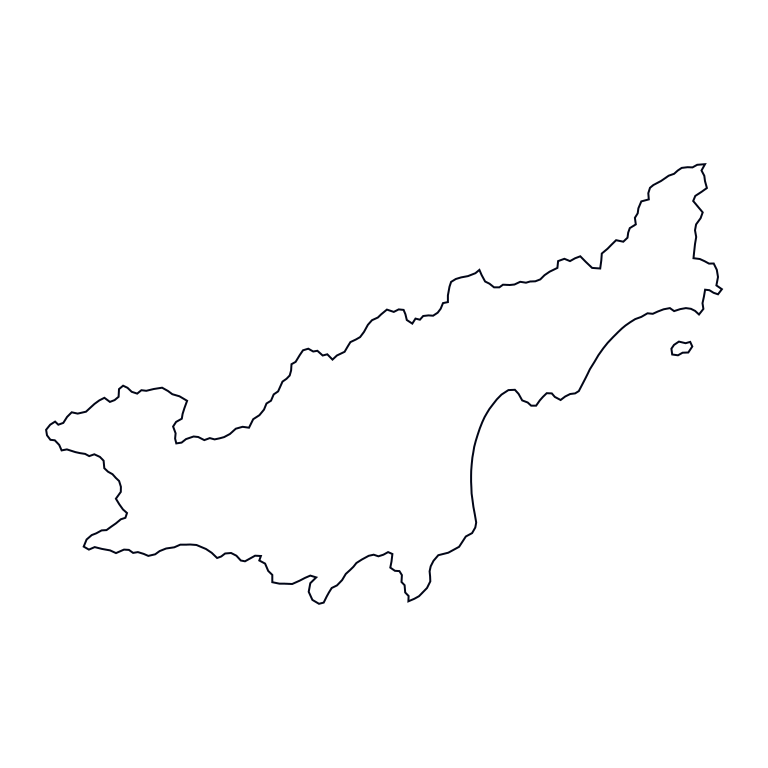 Caraguatatuba, São Paulo, Brazil
{"feature_id": "56859067B58336972049996", "entity_name": "Caraguatatuba", "entity_type": "district", "adm_level": 2, "iso_a3": "BRA", "parent_name": "Brazil", "parent_adm1": "São Paulo", "projection": "albers", "projection_center": [-45.479, -23.62], "detail": "fine", "context": "isolated", "style": "outline", "palette": "ink", "viewbox_px": 768, "rotation_deg": 0, "n_neighbors": 0, "source": "geoboundaries", "source_scale": "gbopen_adm2", "svg_char_len": 4766}
<svg xmlns="http://www.w3.org/2000/svg" viewBox="0 0 768 768"><path d="M705.0,164.2L697.2,164.8L692.5,167.4L687.6,167.2L681.7,167.9L677.8,170.5L674.1,173.8L668.7,175.7L661.0,181.0L653.4,185.0L650.0,187.8L648.3,193.2L648.8,199.4L641.3,201.4L638.4,208.3L637.7,213.3L634.9,217.8L635.8,224.4L629.8,228.1L628.2,232.6L627.5,237.7L623.3,241.7L616.1,240.2L610.9,245.3L607.6,248.7L601.8,253.5L601.3,260.4L600.2,268.5L592.1,267.9L585.8,261.9L580.3,256.3L575.0,258.3L570.0,261.1L564.4,258.8L558.1,261.1L557.4,267.9L549.6,271.7L544.5,275.2L540.3,279.4L535.3,281.3L530.1,281.5L526.0,282.7L520.2,281.8L514.5,284.5L509.8,285.0L503.0,284.7L499.4,287.3L494.0,287.3L489.5,283.7L485.1,281.5L481.6,275.0L479.4,269.9L475.4,273.2L468.0,276.1L461.1,277.4L455.8,279.0L451.1,281.9L449.5,286.7L447.9,295.4L447.9,302.1L443.0,303.1L440.7,308.7L437.7,312.7L433.1,315.7L428.5,315.4L423.2,316.0L419.9,319.7L415.5,318.6L412.3,323.6L406.8,320.0L405.4,314.2L403.6,309.9L398.7,309.4L393.8,311.9L386.9,309.6L381.1,314.4L377.9,317.5L372.0,320.2L367.9,324.8L364.0,331.9L360.1,337.1L355.9,339.5L350.4,342.1L347.7,346.5L344.6,351.8L336.9,355.5L332.5,359.6L327.3,354.3L322.7,355.5L317.4,350.8L313.2,351.5L308.3,348.7L303.0,350.3L299.8,355.0L295.6,361.9L291.5,364.2L291.1,370.5L289.7,375.5L286.5,378.8L282.5,381.6L278.1,391.4L273.7,394.4L271.0,400.7L266.5,403.5L264.0,409.6L259.4,415.2L253.2,419.2L249.0,427.7L242.6,426.8L235.8,428.7L229.9,434.0L224.1,437.1L219.7,438.3L214.6,439.4L209.8,438.1L204.3,440.1L198.2,437.0L193.6,436.5L186.0,439.1L181.6,442.6L176.3,443.4L175.1,438.6L175.6,433.3L173.1,426.5L176.1,421.9L181.8,418.7L182.6,413.9L184.4,408.2L187.1,400.8L179.5,396.3L172.3,394.2L168.0,391.0L162.1,387.7L153.8,389.0L146.3,390.8L141.4,390.2L137.2,393.6L131.7,391.8L127.5,387.8L123.1,385.7L119.0,389.1L118.6,396.8L114.6,400.1L109.9,401.9L104.4,397.8L99.3,400.4L94.5,403.9L90.0,408.0L86.0,411.7L77.7,413.6L71.7,412.3L67.1,416.9L63.3,422.9L58.3,424.7L55.1,421.6L50.2,424.7L46.1,429.8L47.0,435.3L50.4,439.8L54.8,440.3L59.2,444.9L61.6,450.4L66.9,449.4L75.4,452.1L79.9,453.1L85.1,453.9L89.2,456.1L94.3,454.3L99.9,456.9L103.6,460.7L104.3,468.2L108.0,471.7L112.5,474.2L115.9,478.0L119.1,481.0L120.9,486.8L120.8,491.9L115.9,498.7L119.3,504.3L123.0,509.5L127.0,513.0L125.4,517.8L120.8,519.3L115.9,523.4L111.3,526.6L106.5,530.1L101.6,530.4L96.3,533.3L91.7,535.1L86.6,539.5L83.7,546.6L88.9,549.6L94.7,547.1L101.9,548.9L110.1,550.4L116.0,553.1L124.0,549.6L128.9,549.9L133.1,552.9L137.9,552.1L143.7,553.9L148.3,555.9L155.2,554.3L159.6,551.1L166.1,548.5L174.3,547.3L180.2,544.7L185.2,544.7L190.2,544.5L196.5,545.0L206.0,549.0L211.7,552.8L217.1,558.0L221.2,556.5L225.1,553.5L231.1,553.0L236.4,555.7L240.8,560.5L245.0,561.3L255.1,555.7L260.9,556.0L259.3,560.5L265.1,563.6L268.2,570.9L272.3,574.9L272.3,582.2L279.6,583.7L284.9,583.7L292.2,584.0L299.6,580.7L305.0,577.9L310.3,575.6L316.2,577.4L310.3,583.2L308.7,591.8L312.4,599.9L319.0,603.8L323.7,602.6L326.7,596.5L328.9,592.5L331.7,588.0L337.0,585.4L342.1,580.1L345.8,573.9L350.0,570.1L353.4,566.8L356.4,563.0L361.9,559.5L368.7,555.8L373.7,554.7L378.4,556.3L383.4,554.7L388.1,552.1L392.4,554.0L391.5,561.5L390.3,567.6L394.9,570.8L399.4,571.1L401.9,575.1L401.5,582.0L404.6,585.2L405.2,592.5L408.6,596.0L408.4,601.3L414.3,598.8L419.0,596.2L427.0,588.0L430.3,581.4L430.1,576.4L429.6,571.3L430.7,566.3L433.5,560.8L438.3,555.2L448.3,552.7L453.8,549.7L459.1,546.8L462.5,541.6L465.8,536.5L472.1,533.1L475.3,527.5L476.2,522.5L474.8,514.3L473.4,506.8L472.5,500.0L471.6,493.5L471.4,487.9L471.1,481.8L471.1,475.6L471.2,470.8L471.7,464.4L472.4,457.5L473.3,452.4L474.2,446.9L475.8,440.8L477.6,435.0L479.8,428.4L482.3,422.1L484.6,417.1L486.9,413.1L489.4,409.0L492.9,404.4L496.8,399.4L501.5,394.6L508.4,390.1L514.9,389.8L518.6,393.9L522.2,400.4L527.7,402.5L531.2,405.7L536.1,405.7L539.8,400.4L542.9,396.9L546.7,393.2L551.8,393.4L554.8,396.9L560.6,400.0L565.2,396.5L570.2,394.0L575.1,393.4L578.8,391.1L582.3,384.4L585.3,378.6L587.6,374.0L589.9,369.2L594.4,362.0L598.4,355.2L603.3,348.3L607.7,342.8L613.0,337.2L618.2,332.0L622.0,328.4L625.5,325.5L630.4,322.1L635.2,319.1L641.3,316.9L647.5,313.3L652.8,313.8L657.6,311.6L663.6,309.3L669.9,308.1L674.1,311.1L680.3,309.1L685.9,308.1L690.9,308.8L695.1,310.9L699.0,314.5L703.4,308.9L702.5,303.2L703.9,296.8L705.1,289.7L709.4,290.2L713.6,292.8L718.0,294.3L721.9,289.2L716.4,285.4L718.0,277.0L716.8,269.8L713.7,263.5L709.0,263.6L704.6,261.2L699.8,259.0L693.5,258.2L694.0,253.2L695.0,244.1L696.2,237.0L695.0,230.3L696.1,224.4L700.6,218.2L702.7,212.4L698.7,207.6L693.2,201.0L695.3,195.9L701.3,192.0L706.9,188.0L705.0,181.1L704.3,175.8L701.5,170.5L705.0,164.2ZM678.9,341.6L674.0,344.9L671.4,348.7L672.2,354.5L678.0,355.3L682.6,352.7L688.3,352.5L692.3,346.5L690.2,341.9L685.6,343.2L678.9,341.6Z" fill="none" stroke="#020617" stroke-width="2"/></svg>